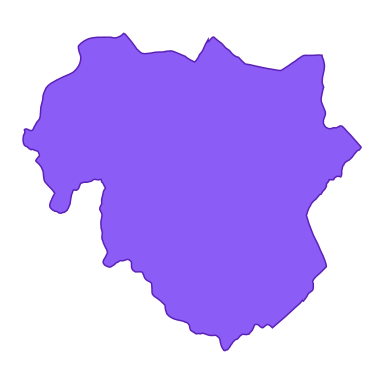 Nayala, Nayala, Burkina Faso (Natural Earth projection)
{"feature_id": "67063806B13297228427715", "entity_name": "Nayala", "entity_type": "district", "adm_level": 2, "iso_a3": "BFA", "parent_name": "Burkina Faso", "parent_adm1": "Nayala", "projection": "natural_earth1", "projection_center": [-3.089, 12.661], "detail": "fine", "context": "isolated", "style": "filled", "palette": "violet", "viewbox_px": 384, "rotation_deg": 0, "n_neighbors": 0, "source": "geoboundaries", "source_scale": "gbopen_adm2", "svg_char_len": 5882}
<svg xmlns="http://www.w3.org/2000/svg" viewBox="0 0 384 384"><path d="M272.4,327.8L285.6,316.4L294.8,307.9L300.0,303.3L302.5,300.3L303.0,300.9L303.4,301.1L305.9,297.9L306.9,296.3L308.4,293.5L312.0,290.8L312.7,290.0L313.1,288.9L313.3,287.0L313.3,283.6L312.8,282.4L312.6,281.4L313.6,279.4L315.5,277.1L320.5,272.6L326.4,266.7L326.0,264.1L325.0,260.9L323.2,256.2L320.5,250.5L317.9,244.3L313.3,235.1L308.8,223.3L306.5,215.7L306.4,214.9L306.7,214.5L307.1,213.3L307.6,211.4L309.2,207.5L310.2,206.1L311.3,203.7L313.5,201.1L316.4,198.7L317.3,197.3L318.2,196.5L319.4,194.8L321.2,194.1L321.5,193.6L322.5,191.7L325.1,188.8L326.4,186.3L326.5,183.7L328.1,182.1L328.2,181.4L329.0,180.8L329.1,179.7L333.0,179.8L333.9,179.5L334.1,178.2L337.0,176.3L339.2,176.4L340.8,176.9L341.0,176.6L341.7,174.5L341.7,170.7L342.6,166.8L343.1,165.4L343.7,165.0L344.3,163.6L345.1,162.5L347.1,161.1L349.6,159.7L352.3,157.0L354.2,154.3L357.2,150.8L359.3,149.9L360.9,147.9L361.0,146.9L357.3,142.7L354.7,139.8L351.0,135.5L347.1,131.5L344.4,128.4L342.3,126.4L341.4,126.0L340.6,125.9L339.8,126.0L338.3,126.9L336.4,127.8L335.8,127.9L334.5,127.7L333.1,127.9L330.1,128.8L328.1,128.4L326.6,127.7L325.4,126.8L324.4,125.4L323.4,123.3L323.4,120.7L324.0,118.3L325.0,115.8L325.5,113.8L325.3,111.7L321.7,102.8L321.2,100.7L321.1,99.0L321.6,95.9L322.8,90.2L323.7,87.1L322.5,84.1L322.2,81.0L322.5,77.4L324.0,70.4L324.5,66.5L324.4,64.5L323.5,60.2L322.3,57.0L322.0,55.2L318.0,55.0L314.3,55.3L308.2,55.4L305.2,55.3L303.8,55.5L302.7,55.9L301.7,56.5L298.1,58.9L295.0,61.3L292.1,63.1L288.5,65.7L281.7,70.1L280.4,70.5L278.6,70.4L265.1,68.1L257.3,66.4L255.1,66.0L252.4,65.3L249.7,64.7L245.3,64.0L242.1,61.1L238.5,57.3L236.4,56.7L234.2,55.5L232.1,53.7L229.4,50.5L225.6,47.8L221.8,43.5L217.5,40.3L215.0,38.1L213.7,37.1L213.1,37.0L212.3,37.5L210.5,39.3L208.8,41.2L208.1,41.7L208.1,39.6L207.6,40.4L205.6,44.0L203.0,49.8L201.9,51.8L200.3,53.6L199.3,55.1L198.1,57.7L196.1,60.6L194.6,62.0L190.1,59.8L186.3,57.4L185.6,56.5L174.6,51.9L172.7,51.2L171.1,50.9L166.7,51.2L162.7,52.0L159.5,52.0L154.9,52.3L150.2,53.2L144.7,53.7L142.4,53.4L141.3,53.0L140.5,52.4L136.8,49.0L134.7,46.0L130.9,40.9L125.4,34.4L124.4,33.7L123.6,33.4L121.9,35.0L120.6,36.0L116.7,37.7L113.8,37.9L110.6,37.2L107.7,37.2L97.1,37.3L92.7,37.8L88.8,38.7L86.5,39.7L84.0,41.1L81.3,43.0L78.6,45.7L78.4,46.6L78.4,48.2L79.3,52.3L80.2,54.4L80.8,57.2L80.6,60.3L79.7,63.7L78.3,66.5L76.1,69.4L73.5,72.0L70.4,73.8L63.6,76.7L56.8,80.0L51.2,83.2L48.1,85.6L46.0,88.1L43.9,92.9L43.0,95.9L42.7,99.9L40.9,106.9L40.4,113.8L40.2,116.3L39.6,118.7L38.5,120.3L37.1,121.8L34.4,126.5L33.3,128.9L32.6,130.0L31.7,130.5L31.1,130.6L29.7,130.3L26.9,129.0L26.0,129.0L25.1,129.1L24.3,129.9L24.7,130.5L24.9,131.7L24.8,132.5L24.6,133.3L23.9,134.6L23.4,135.8L23.0,140.0L23.4,142.8L24.3,145.1L25.5,146.1L27.0,146.7L29.3,148.7L29.7,148.7L30.5,149.5L31.2,149.7L32.1,149.2L34.7,150.2L35.5,150.6L37.6,151.0L38.2,151.9L38.7,152.7L38.9,153.5L39.3,154.5L39.4,155.4L39.3,155.9L37.1,158.5L36.2,159.8L35.8,160.5L36.2,161.6L38.5,163.6L41.3,166.9L41.3,167.4L41.9,168.2L42.0,169.0L43.0,170.9L43.3,173.0L43.5,175.7L44.1,179.9L44.7,181.3L45.3,182.2L47.2,184.5L51.8,189.3L53.3,191.1L53.6,191.8L54.0,192.0L54.7,193.1L54.3,194.1L53.3,195.8L52.0,198.5L51.6,199.8L50.8,201.2L50.6,201.8L49.8,204.4L49.8,206.5L50.3,207.7L52.1,209.6L54.5,211.1L56.7,211.5L57.3,211.7L58.8,212.9L59.7,213.1L61.6,213.1L62.5,212.4L63.6,212.5L64.5,212.2L67.0,210.4L68.6,207.6L69.1,206.1L69.9,204.3L70.2,203.0L70.7,199.2L71.2,196.5L71.6,194.5L72.3,192.9L73.1,190.3L74.2,189.7L74.7,190.1L76.8,190.1L78.2,189.0L79.0,187.6L79.2,186.9L79.5,186.5L79.6,185.7L80.0,184.7L80.7,183.5L81.5,183.0L83.8,182.3L87.4,182.2L89.7,181.5L90.7,181.4L91.6,181.0L93.7,179.5L94.3,179.3L98.3,179.9L99.1,179.8L100.1,179.4L101.0,179.4L101.3,179.9L101.4,181.2L101.8,182.1L102.6,182.7L105.1,187.4L105.4,188.4L104.4,189.6L103.5,191.3L102.5,196.0L101.7,199.0L101.6,200.1L101.7,203.3L101.6,204.0L100.0,207.2L99.7,209.4L101.3,212.5L101.7,213.5L101.9,214.2L102.0,215.3L101.8,217.0L100.9,221.6L100.9,224.1L101.2,228.3L102.2,232.0L102.3,232.9L102.0,235.9L101.9,237.9L102.2,239.4L102.9,241.1L103.5,243.2L105.8,248.1L106.5,249.1L107.0,250.5L107.2,251.5L107.4,252.7L107.1,253.6L105.1,257.6L103.6,260.0L103.3,260.9L103.1,262.3L103.3,262.9L103.6,263.7L105.1,265.4L108.5,266.9L110.4,267.1L114.4,264.6L116.3,262.7L117.2,262.5L118.0,262.1L119.7,260.8L120.9,260.6L121.9,260.8L123.7,260.6L127.2,259.4L128.2,259.4L129.7,260.2L131.1,261.5L131.4,262.3L131.5,266.7L131.7,268.0L132.4,269.5L132.9,270.2L133.5,270.7L135.5,271.9L141.3,271.8L141.9,272.1L142.8,273.2L144.0,276.1L144.5,277.6L145.7,279.3L146.9,280.3L150.6,282.3L151.1,282.8L151.4,283.3L151.7,284.3L152.0,289.6L152.0,291.3L152.1,292.9L152.4,294.0L153.2,295.2L154.2,296.2L155.2,297.0L157.7,298.6L161.3,301.5L164.8,305.0L165.0,305.4L165.2,306.4L165.2,307.7L165.6,310.1L166.8,313.7L167.4,314.5L169.3,316.3L171.2,317.5L171.6,317.6L172.0,317.8L172.3,318.2L173.8,318.8L177.7,320.0L179.2,320.2L180.1,320.5L183.3,321.2L184.1,321.5L184.4,321.8L185.5,322.2L186.1,322.3L187.6,323.0L189.1,324.9L189.4,325.6L189.8,327.9L190.4,329.8L190.8,330.3L191.3,330.8L193.0,331.8L193.4,332.2L193.9,332.3L195.4,333.5L196.1,333.8L197.8,333.7L198.7,333.5L200.0,333.8L201.5,333.6L201.8,333.4L202.4,333.2L203.3,333.3L208.2,335.0L209.9,335.4L211.9,335.5L215.5,335.3L216.0,335.4L217.1,336.1L218.9,337.7L219.7,338.8L220.4,342.4L221.3,345.7L222.4,348.1L223.8,350.3L224.6,350.6L225.2,350.6L225.8,349.9L227.0,349.9L227.6,349.7L229.8,346.9L230.6,345.5L233.2,341.8L234.7,340.3L235.5,339.7L237.6,338.9L238.0,338.5L239.9,336.1L242.4,334.3L243.3,334.3L246.2,334.6L248.7,334.2L249.4,333.7L250.3,332.3L251.6,331.1L252.3,330.1L253.7,327.2L254.3,325.3L254.6,324.9L255.5,324.5L256.5,324.4L257.5,324.5L258.2,324.9L260.7,327.0L261.6,327.6L262.3,327.7L263.1,327.6L266.1,325.1L267.0,324.6L267.6,324.5L268.4,324.7L269.7,325.4L270.7,326.1L272.4,327.8Z" fill="#8b5cf6" stroke="#5b21b6" stroke-width="1.5"/></svg>